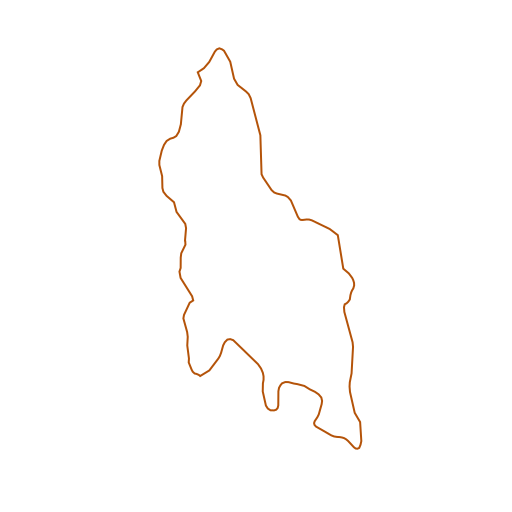 map outline of Maramures (Robinson projection), rotated 257°
{"feature_id": "ROU-298", "entity_name": "Maramures", "entity_type": "County", "adm_level": 1, "iso_a3": "ROU", "parent_name": "Romania", "parent_adm1": "", "projection": "robinson", "projection_center": [23.844, 47.655], "detail": "fine", "context": "isolated", "style": "outline", "palette": "amber", "viewbox_px": 512, "rotation_deg": 257, "n_neighbors": 0, "source": "natural_earth", "source_scale": "10m", "svg_char_len": 2134}
<svg xmlns="http://www.w3.org/2000/svg" viewBox="0 0 512 512"><g transform="rotate(257 256 256)"><path d="M167.4,166.5L171.2,167.6L184.3,168.9L192.6,171.3L197.4,171.8L211.5,171.2L214.8,172.6L225.4,180.9L226.8,184.8L231.1,184.7L251.6,177.6L258.0,177.9L261.3,179.9L271.4,182.3L275.5,183.8L282.9,189.8L286.4,190.4L286.7,190.2L298.8,194.1L303.2,194.3L316.8,188.5L326.8,188.2L334.7,182.4L339.4,180.2L343.3,180.1L354.9,182.5L366.4,182.3L370.4,183.2L372.0,184.0L379.9,187.9L385.0,191.4L388.2,194.8L389.6,198.8L389.8,202.2L390.8,205.3L394.4,208.8L401.2,212.4L417.7,217.9L420.7,220.1L423.2,223.1L430.1,233.6L434.9,239.8L438.8,242.0L445.3,241.0L448.1,240.6L450.7,247.5L455.6,254.1L464.4,261.9L466.1,264.2L466.6,267.0L465.0,269.4L463.2,271.0L451.1,274.6L433.7,274.5L426.8,276.6L418.5,283.3L415.3,285.3L411.0,286.3L372.6,287.4L334.4,279.8L330.8,280.6L316.7,286.0L313.8,288.0L312.2,290.3L308.3,298.2L306.3,300.3L302.2,302.5L284.9,305.6L282.0,306.7L281.0,308.0L280.6,309.6L280.2,313.5L279.6,315.9L278.2,318.4L265.7,333.9L257.9,340.4L224.0,338.2L218.2,342.5L213.0,344.8L210.7,345.3L207.8,345.5L205.2,345.0L202.5,343.5L200.9,341.9L199.0,340.5L196.6,339.2L192.5,337.6L190.7,335.6L189.5,333.6L189.0,331.6L186.3,330.2L181.6,329.5L150.2,330.7L145.6,330.1L120.1,322.7L111.9,319.0L107.8,317.8L102.4,317.0L81.0,316.9L70.8,320.1L52.0,317.0L48.6,315.4L45.8,313.4L45.4,311.5L46.0,309.8L47.6,308.4L55.1,304.1L57.1,302.6L58.7,300.9L59.8,299.0L60.7,296.9L61.5,294.2L62.6,291.5L64.3,289.0L76.3,276.1L78.3,275.0L80.1,275.0L81.8,276.0L85.2,279.6L87.5,281.5L96.8,286.6L99.9,287.8L103.4,287.8L107.1,285.9L110.4,282.9L114.0,278.4L118.5,273.9L121.9,267.4L123.2,264.2L125.8,259.3L126.6,256.2L126.1,252.8L124.6,250.8L122.4,248.8L119.2,247.4L105.4,244.1L103.0,242.9L101.7,241.1L101.5,238.9L102.4,235.4L104.7,233.2L108.0,232.0L122.5,232.1L130.4,234.1L133.6,235.5L137.1,236.3L140.6,236.4L145.2,235.6L150.2,233.6L179.1,214.9L180.8,212.2L181.0,209.3L179.0,206.2L176.3,203.9L169.5,200.2L166.7,198.3L164.6,196.3L155.0,184.8L151.6,174.6L152.3,174.2L153.4,173.0L154.5,171.5L155.3,169.8L157.5,168.3L159.8,167.7L167.4,166.5Z" fill="none" stroke="#b45309" stroke-width="2"/></g></svg>